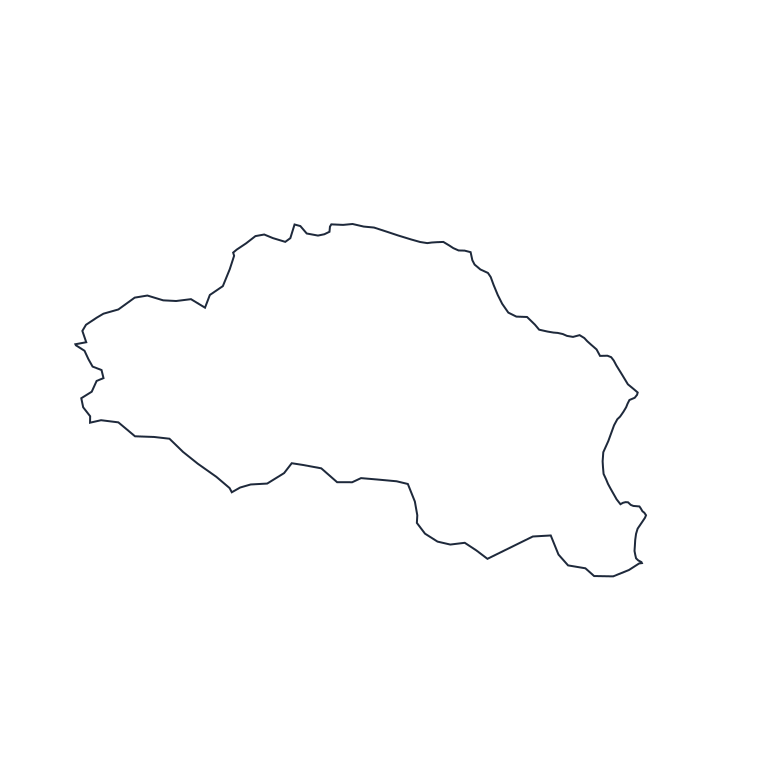 outline of Avdimou, Limassol, Cyprus, rotated 290°
{"feature_id": "46923920B67900362535840", "entity_name": "Avdimou", "entity_type": "district", "adm_level": 2, "iso_a3": "CYP", "parent_name": "Cyprus", "parent_adm1": "Limassol", "projection": "equal_earth", "projection_center": [32.763, 34.683], "detail": "fine", "context": "isolated", "style": "outline", "palette": "slate", "viewbox_px": 768, "rotation_deg": 290, "n_neighbors": 0, "source": "geoboundaries", "source_scale": "gbopen_adm2", "svg_char_len": 2353}
<svg xmlns="http://www.w3.org/2000/svg" viewBox="0 0 768 768"><g transform="rotate(290 384 384)"><path d="M303.9,687.6L304.7,686.8L305.2,683.2L306.4,680.5L309.3,678.6L312.8,676.5L317.0,675.3L323.4,673.4L329.4,672.1L334.8,671.8L341.9,673.6L347.6,675.0L350.3,675.1L352.1,672.6L352.8,670.4L355.1,667.6L356.3,665.9L355.6,663.3L354.7,660.0L354.8,657.2L356.3,653.8L355.6,651.4L354.1,649.2L351.9,647.3L355.2,642.0L358.2,638.5L361.0,635.2L363.5,632.3L366.8,628.6L370.4,625.3L374.6,621.1L380.8,618.2L386.1,615.9L394.9,613.4L407.1,614.3L413.5,614.3L423.9,614.3L430.7,615.3L434.1,617.0L439.8,618.5L445.0,619.5L448.7,619.6L452.9,620.1L456.8,624.3L460.4,625.5L462.8,625.3L462.9,625.0L464.7,620.2L467.1,613.3L473.8,605.0L480.9,596.0L484.6,591.9L486.9,588.3L487.0,584.3L484.3,577.4L489.2,571.9L491.6,565.6L493.7,560.4L495.7,556.5L496.8,551.1L492.9,545.5L491.8,539.5L492.1,534.9L491.4,529.7L490.3,525.7L489.2,519.7L488.1,511.2L491.4,505.5L495.9,495.5L492.6,485.3L493.6,476.4L499.8,467.6L506.6,460.4L514.7,453.0L521.0,447.7L523.9,443.7L524.6,435.4L527.2,428.3L530.5,424.7L537.5,420.3L536.9,414.1L535.0,408.4L535.4,402.6L536.5,397.9L537.8,391.2L535.4,385.3L533.3,380.5L531.2,376.5L529.8,369.4L529.1,360.0L528.4,346.4L528.1,335.6L527.6,321.1L525.0,311.1L523.6,299.7L519.5,291.1L516.0,279.9L513.4,279.4L508.4,280.7L504.3,276.7L500.9,271.2L499.0,259.9L503.8,251.4L503.3,245.4L489.0,246.1L483.8,242.6L483.1,229.7L483.5,220.3L479.0,212.6L469.0,206.3L460.0,199.7L455.9,197.3L453.2,199.3L439.2,199.8L420.9,199.1L408.1,189.9L394.5,189.7L397.7,173.6L390.9,160.3L387.1,147.9L386.2,131.4L379.9,120.2L363.2,108.9L354.1,96.3L348.0,91.3L337.7,83.7L330.7,82.4L321.4,89.9L315.8,80.4L315.0,81.2L312.8,91.2L306.2,97.8L300.7,104.2L300.5,113.8L293.6,118.4L288.6,112.9L276.8,112.0L267.1,104.4L259.2,109.3L253.2,118.9L247.1,121.0L253.2,130.5L257.1,147.5L249.7,167.9L255.6,186.1L259.2,201.1L251.4,218.5L245.4,236.3L239.4,258.3L233.4,274.5L230.2,278.0L237.5,284.2L244.0,293.1L250.5,308.3L266.1,320.6L278.0,324.4L280.2,335.5L283.3,353.9L275.7,373.5L280.8,387.7L287.7,394.6L292.1,410.9L296.9,429.1L298.2,440.6L284.1,453.2L272.0,460.2L264.7,462.4L257.4,473.7L254.2,488.2L255.8,501.2L262.4,514.2L259.2,527.7L255.1,541.0L291.6,576.0L298.7,592.5L283.4,606.3L276.5,619.0L279.7,636.3L275.4,647.1L281.6,665.1L293.0,677.8L302.6,685.1L303.9,687.6Z" fill="none" stroke="#1e293b" stroke-width="2"/></g></svg>